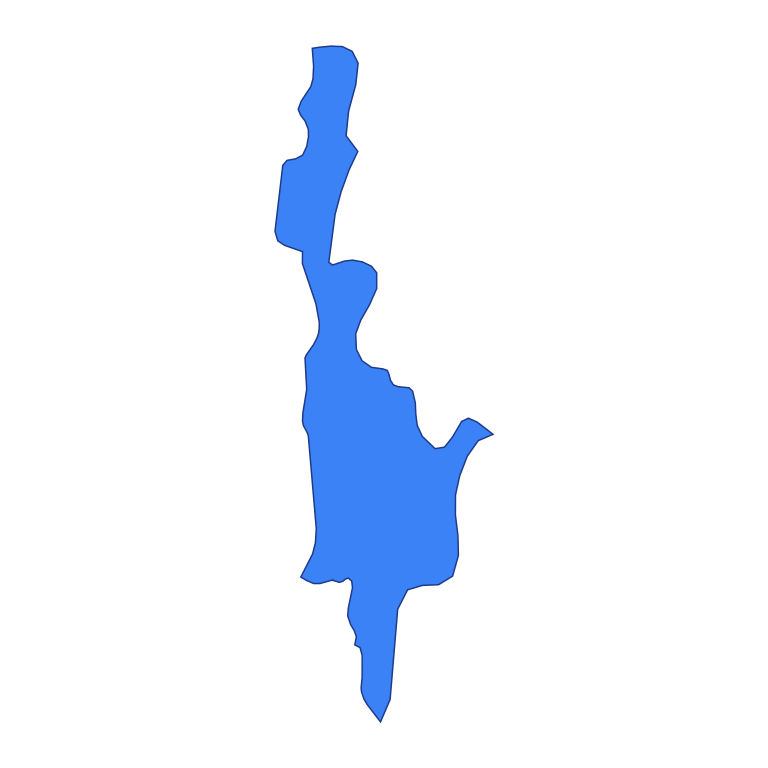 Ilocos Sur, Equal Earth projection
{"feature_id": "PHL-2548", "entity_name": "Ilocos Sur", "entity_type": "Province", "adm_level": 1, "iso_a3": "PHL", "parent_name": "Philippines", "parent_adm1": "", "projection": "equal_earth", "projection_center": [120.535, 17.275], "detail": "fine", "context": "isolated", "style": "filled", "palette": "blue", "viewbox_px": 768, "rotation_deg": 0, "n_neighbors": 0, "source": "natural_earth", "source_scale": "10m", "svg_char_len": 1598}
<svg xmlns="http://www.w3.org/2000/svg" viewBox="0 0 768 768"><path d="M300.8,577.1L312.6,553.9L315.4,542.9L316.3,528.8L308.3,435.8L307.4,433.1L303.4,425.5L302.5,421.0L302.9,412.9L306.7,389.5L305.0,358.0L306.3,355.0L313.6,344.5L316.8,338.4L318.5,333.5L319.2,328.5L319.3,322.3L315.9,303.7L302.4,263.5L302.5,251.6L284.7,245.4L277.8,240.8L275.0,231.3L282.8,165.3L287.0,160.4L295.6,158.8L302.7,155.1L306.7,146.5L308.5,136.6L308.3,129.2L305.0,120.9L300.6,115.1L298.2,109.3L301.2,101.2L310.9,86.5L313.0,78.6L313.6,66.3L312.3,48.3L319.7,47.2L330.9,46.1L342.4,46.6L352.2,51.4L358.1,63.2L355.8,84.5L348.6,111.1L346.1,135.8L357.8,151.4L349.1,169.8L341.2,191.5L335.1,214.2L328.8,262.3L332.6,265.0L344.4,261.1L352.5,260.1L362.4,261.9L371.4,266.2L376.7,272.8L376.7,288.5L369.6,304.6L360.8,320.0L355.7,333.8L356.4,349.5L362.1,360.8L371.4,367.3L382.9,368.9L387.3,370.4L389.1,374.7L390.4,380.1L393.4,384.9L398.2,386.7L409.1,387.8L412.6,391.2L415.3,402.7L415.8,414.1L417.2,425.4L422.3,436.4L435.1,448.7L444.6,447.1L452.8,436.6L461.6,421.5L468.4,418.2L477.2,422.1L493.0,434.3L478.3,440.6L467.3,456.1L459.7,475.8L455.5,494.9L455.4,514.9L457.9,535.2L458.4,555.5L452.6,576.1L438.6,584.7L422.4,585.4L407.6,589.8L397.7,609.2L390.1,699.5L380.5,721.9L367.0,704.3L363.8,698.7L361.5,691.7L361.1,687.9L362.1,678.1L362.2,655.6L360.1,647.7L354.8,644.9L356.4,636.6L354.2,630.6L350.6,624.5L347.7,615.9L348.3,608.2L352.5,587.6L351.7,581.0L348.3,578.1L345.5,579.0L342.8,581.3L339.4,582.3L333.1,580.5L333.1,579.9L320.0,583.5L313.6,583.5L306.7,580.5L300.8,577.1L300.8,577.1Z" fill="#3b82f6" stroke="#1e3a8a" stroke-width="1.5"/></svg>